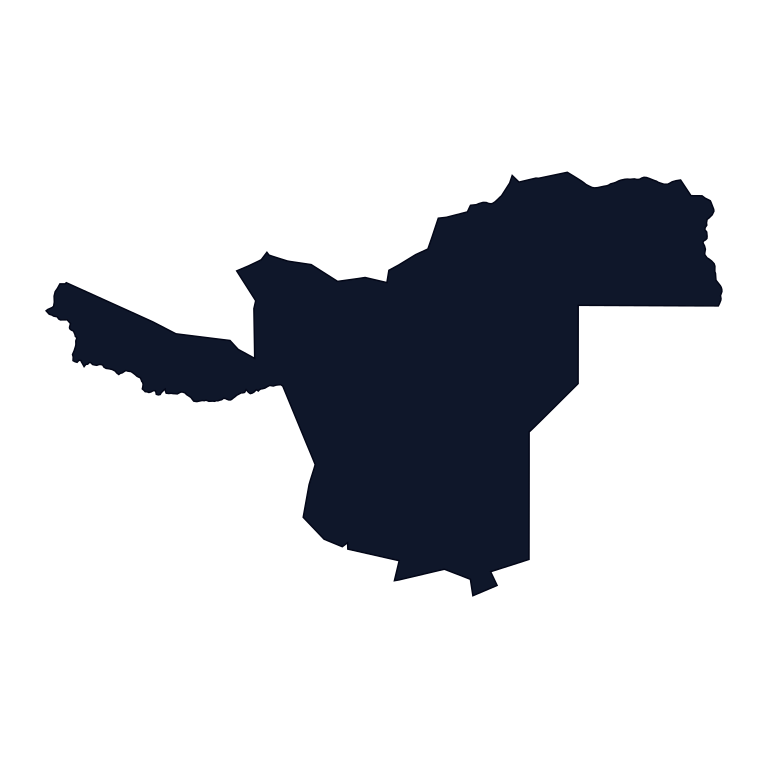 São Miguel do Tapuio, Piauí, Brazil (Mercator projection)
{"feature_id": "56859067B9412827275666", "entity_name": "São Miguel do Tapuio", "entity_type": "district", "adm_level": 2, "iso_a3": "BRA", "parent_name": "Brazil", "parent_adm1": "Piauí", "projection": "mercator", "projection_center": [-41.588, -5.786], "detail": "fine", "context": "isolated", "style": "filled", "palette": "ink", "viewbox_px": 768, "rotation_deg": 0, "n_neighbors": 0, "source": "geoboundaries", "source_scale": "gbopen_adm2", "svg_char_len": 3935}
<svg xmlns="http://www.w3.org/2000/svg" viewBox="0 0 768 768"><path d="M46.1,310.8L49.2,314.2L51.8,315.0L53.6,316.1L57.2,316.8L58.7,319.0L60.4,319.9L67.2,319.8L70.5,323.6L69.5,327.2L69.7,328.7L71.2,330.0L73.5,331.1L75.0,334.6L75.3,336.3L76.9,337.8L75.8,340.9L75.9,344.3L75.6,346.1L74.2,350.6L72.5,354.6L73.2,356.9L73.0,360.6L75.0,361.7L77.1,362.3L78.9,360.3L80.9,360.5L81.5,362.0L82.4,363.5L84.1,366.6L85.8,364.4L87.7,364.2L89.0,362.7L90.6,362.5L92.6,364.5L94.8,365.0L96.8,365.3L99.1,364.5L100.9,364.5L102.7,365.0L103.9,367.1L106.1,368.4L109.2,368.8L112.2,369.5L115.1,371.0L116.9,373.1L118.8,374.5L120.2,373.4L122.3,372.8L123.9,371.7L125.9,370.5L127.7,371.1L131.1,371.6L133.1,373.0L135.3,374.7L136.9,376.2L138.4,377.0L140.2,377.7L141.2,379.6L141.7,381.3L142.7,382.5L143.1,384.4L142.8,386.8L142.3,388.9L144.0,390.4L145.2,391.7L147.0,391.8L148.9,392.5L151.1,391.9L153.1,390.7L155.3,390.7L155.9,392.2L156.3,394.3L158.3,394.9L160.2,394.5L161.3,392.6L162.5,391.5L163.6,390.3L165.1,389.1L165.5,391.3L166.2,393.2L168.8,393.5L171.2,393.3L173.0,393.6L174.9,393.7L177.3,393.9L179.5,392.7L180.9,392.0L182.8,392.1L185.0,392.9L186.6,394.6L188.8,396.0L190.9,397.4L192.3,399.3L193.7,401.1L195.3,401.4L196.9,401.6L199.2,401.1L202.1,400.5L204.3,400.7L206.0,400.2L207.4,400.7L208.9,401.3L210.8,401.2L212.7,401.1L214.7,401.3L216.2,400.7L218.0,400.8L219.6,400.2L221.7,399.7L223.5,398.3L225.4,398.5L226.8,399.2L228.7,399.9L230.7,399.9L232.0,399.1L233.3,398.0L235.2,396.6L236.8,395.2L238.7,394.2L241.1,392.9L242.9,392.8L244.6,392.4L246.1,389.6L248.5,392.3L250.3,393.6L252.2,393.1L254.2,391.9L256.3,389.7L258.3,391.0L259.4,389.8L260.7,389.0L262.6,388.7L264.9,388.1L267.4,386.6L269.7,385.4L273.3,386.0L276.2,385.1L278.8,384.8L280.9,384.7L282.8,386.1L305.9,442.1L311.5,455.5L315.2,464.6L314.0,468.7L310.3,480.5L309.1,484.6L303.2,517.3L324.1,539.2L342.3,546.7L347.6,542.7L347.8,549.1L399.2,560.7L394.4,580.7L399.0,579.9L444.3,569.2L457.3,574.2L470.4,579.3L472.9,595.7L497.1,585.4L490.6,571.7L529.0,559.4L529.1,462.3L529.1,460.7L529.1,432.0L531.9,429.4L544.0,417.5L562.4,399.2L563.8,397.8L578.1,383.6L578.2,314.6L578.2,305.3L689.6,305.8L718.3,305.9L719.5,303.5L720.8,300.2L721.0,298.6L720.5,295.6L721.9,291.6L721.8,289.4L721.2,287.3L720.3,285.7L716.0,280.2L715.8,278.1L715.5,273.5L714.8,271.4L714.9,266.2L714.1,263.7L711.6,261.0L708.7,258.8L707.1,257.9L704.9,254.9L704.7,253.4L705.4,249.2L704.5,245.8L702.9,242.8L703.5,241.1L705.5,239.9L706.9,238.5L707.1,236.3L706.7,232.0L704.8,229.6L705.2,227.5L706.8,225.2L706.5,222.9L707.1,219.4L709.0,218.0L712.2,214.8L713.9,211.2L713.7,209.3L711.0,202.3L710.3,200.8L708.9,200.0L705.2,198.2L702.0,195.8L691.0,195.7L680.6,180.0L676.1,180.7L672.2,181.8L669.4,183.4L667.7,184.2L663.9,184.2L660.5,183.1L658.2,182.3L656.5,181.2L654.9,180.7L652.1,179.6L649.1,178.4L646.4,177.5L644.0,177.3L641.6,178.1L640.0,179.1L638.5,179.4L636.6,179.4L634.4,178.9L632.1,179.1L630.0,179.3L627.2,179.1L624.8,179.3L621.0,180.1L618.7,180.9L615.7,182.4L613.6,183.1L610.6,183.9L608.5,185.2L606.8,185.8L603.8,186.3L597.8,187.6L594.6,187.9L592.1,187.5L588.9,186.0L586.0,184.5L583.8,182.7L581.4,181.0L578.4,179.1L573.6,176.1L567.3,172.3L538.6,178.3L535.9,178.1L519.0,182.1L512.2,175.5L509.7,183.0L501.5,195.8L499.9,197.2L498.0,199.1L495.1,201.8L492.8,203.3L491.2,203.8L488.7,203.5L486.2,202.5L483.1,202.4L478.9,203.6L476.3,204.7L470.5,205.3L469.2,208.0L467.4,211.9L446.4,217.3L438.3,218.2L432.3,236.3L427.9,249.0L415.7,254.6L398.7,265.0L388.9,270.3L386.9,282.6L365.1,277.5L358.6,278.5L337.6,281.4L311.2,264.6L290.2,261.5L287.4,261.0L277.5,257.9L274.7,257.0L272.5,256.3L269.0,255.1L266.9,252.3L261.3,259.7L259.2,260.8L248.5,265.9L236.7,270.9L242.1,279.4L255.7,300.7L253.9,308.6L254.7,358.4L238.2,349.4L233.4,344.2L230.0,340.5L213.7,338.5L175.9,333.8L152.9,321.9L136.4,314.4L66.3,282.7L65.0,283.9L59.9,283.9L57.5,288.3L55.2,291.6L54.1,296.1L54.3,302.1L53.6,306.3L52.2,307.5L47.7,309.5L46.1,310.8Z" fill="#0f172a" stroke="#020617" stroke-width="1.5"/></svg>